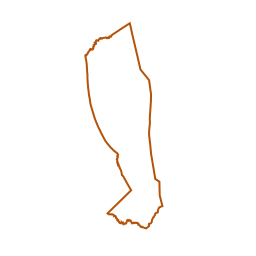 Sinazongwe, Southern, Zambia, rotated 316°
{"feature_id": "96606910B20600796740117", "entity_name": "Sinazongwe", "entity_type": "district", "adm_level": 2, "iso_a3": "ZMB", "parent_name": "Zambia", "parent_adm1": "Southern", "projection": "natural_earth1", "projection_center": [27.144, -17.456], "detail": "fine", "context": "isolated", "style": "outline", "palette": "amber", "viewbox_px": 256, "rotation_deg": 316, "n_neighbors": 0, "source": "geoboundaries", "source_scale": "gbopen_adm2", "svg_char_len": 5112}
<svg xmlns="http://www.w3.org/2000/svg" viewBox="0 0 256 256"><g transform="rotate(316 128 128)"><path d="M101.0,140.7L100.7,140.8L100.5,141.1L100.4,141.6L100.4,142.0L100.2,142.1L98.3,142.6L98.2,143.0L98.2,143.5L97.9,143.7L96.9,144.6L97.0,145.1L96.9,145.4L96.3,145.4L96.0,145.7L96.0,146.2L96.0,147.4L96.0,147.5L95.8,147.9L95.7,147.9L95.5,147.5L95.4,147.2L95.0,147.8L94.9,148.0L95.0,148.2L94.8,148.7L94.9,148.8L95.0,148.8L95.0,149.2L94.9,149.6L94.8,150.0L94.8,150.3L94.3,150.7L94.3,150.9L93.7,153.0L93.1,154.5L90.9,157.7L90.9,157.9L91.0,158.4L91.0,159.4L90.5,161.4L89.2,166.1L87.0,175.0L54.0,175.2L54.0,175.7L54.0,175.9L54.2,176.6L54.4,176.9L55.1,177.4L55.3,177.7L55.3,177.8L55.4,178.0L55.6,178.1L55.6,178.3L55.8,178.5L56.0,178.5L56.4,178.8L56.4,179.0L56.5,179.2L56.8,179.3L57.0,179.6L57.2,180.4L57.2,180.5L57.3,180.9L57.3,181.0L57.2,181.1L57.3,181.1L57.4,181.3L57.5,181.5L57.5,181.9L57.4,181.9L57.4,182.2L57.6,182.4L57.8,182.8L57.7,183.1L57.4,183.0L57.5,183.6L57.4,183.8L57.1,184.2L57.1,184.3L57.1,184.6L56.9,184.6L56.9,184.8L56.9,185.5L56.9,185.9L56.7,186.2L56.8,186.4L56.7,186.5L56.8,186.7L56.8,186.9L56.9,187.1L56.5,187.2L56.5,187.6L56.4,187.6L56.5,187.8L56.6,188.1L56.5,188.3L56.5,188.7L56.5,188.8L56.5,189.1L56.3,189.1L56.3,189.4L56.2,189.5L56.4,190.0L56.4,190.3L56.2,190.5L56.4,190.7L56.7,190.9L56.5,191.3L56.6,191.5L56.8,191.7L57.1,191.6L57.2,191.4L57.4,191.4L57.5,191.9L57.8,192.0L57.8,192.3L58.0,192.0L58.0,192.4L58.3,192.5L58.4,192.8L58.5,192.8L58.3,193.2L58.3,193.3L58.7,193.6L58.6,194.1L58.7,194.4L58.8,194.6L59.1,194.7L59.6,194.8L59.7,195.0L59.8,195.1L60.4,195.3L60.5,195.2L60.8,195.1L60.9,194.9L61.8,194.6L62.0,194.5L62.9,194.2L63.1,194.1L63.5,194.1L63.3,194.4L63.3,194.5L63.5,194.8L63.8,194.6L63.8,194.3L64.1,194.5L64.2,194.8L64.5,195.0L64.9,195.1L65.0,195.4L65.2,195.5L65.3,195.7L65.5,196.1L65.5,196.4L65.5,196.6L65.0,196.9L65.2,197.2L65.1,197.6L65.1,197.8L65.0,198.5L64.9,198.6L65.2,199.3L64.9,199.5L65.4,200.0L65.9,200.0L66.3,200.2L66.5,200.2L66.7,201.0L66.8,201.1L67.2,201.2L67.6,201.3L67.7,201.5L68.0,201.8L68.1,202.2L68.8,202.6L68.7,203.4L69.1,203.8L69.0,204.3L68.9,204.4L68.3,204.6L68.2,204.7L68.5,205.1L68.8,206.1L68.6,206.9L68.6,207.7L68.7,208.2L68.7,208.5L68.9,208.8L69.1,208.7L69.4,208.6L69.6,209.1L70.0,210.2L70.5,211.4L71.1,212.5L71.4,212.8L72.2,212.9L74.2,213.0L74.9,213.1L75.1,213.1L75.3,212.9L75.8,212.1L76.1,211.7L76.5,211.5L76.8,211.6L77.3,212.0L77.8,212.3L78.1,212.4L79.0,212.3L79.7,212.1L81.6,210.7L82.5,210.5L83.5,209.9L83.9,209.8L84.8,209.9L85.1,209.9L85.7,209.6L86.9,209.3L87.3,209.2L87.5,209.0L87.7,208.8L88.0,208.6L88.8,208.5L89.7,208.9L90.6,209.3L90.8,209.3L91.0,209.3L91.4,209.0L92.0,208.2L92.8,207.8L94.4,207.0L94.9,207.0L95.4,206.8L98.5,208.1L104.0,198.5L113.3,188.4L112.2,183.5L113.2,182.2L115.4,179.0L126.6,162.7L133.7,153.8L135.4,151.4L136.3,150.5L137.4,148.8L139.1,146.8L139.9,146.1L140.5,145.4L142.9,143.3L145.3,141.2L146.4,140.5L147.1,139.7L148.5,138.3L150.1,136.4L152.0,134.7L153.6,133.2L154.2,132.7L155.0,132.0L157.0,130.2L157.8,129.4L158.9,128.5L160.7,126.8L161.6,125.9L162.9,124.9L163.9,123.8L165.6,122.2L166.3,121.5L167.1,120.7L167.4,120.3L168.2,119.5L168.4,119.2L176.4,108.2L177.5,95.8L177.6,94.6L185.0,82.3L196.6,62.8L199.3,58.6L202.0,53.9L195.6,52.6L186.8,51.0L181.1,49.9L180.6,49.9L180.2,50.2L179.4,50.5L179.1,50.5L179.0,50.4L178.7,49.5L178.5,49.4L178.2,49.3L177.7,49.7L177.5,49.9L176.9,50.1L176.5,49.7L176.4,49.1L176.3,48.9L176.0,48.7L175.7,48.9L175.2,48.9L175.1,48.7L175.2,48.0L175.2,47.8L174.9,47.4L174.0,47.0L172.7,45.9L171.9,45.7L171.7,45.5L171.2,45.5L171.1,45.3L171.0,45.0L171.0,44.7L170.9,44.4L170.5,44.5L170.0,44.6L169.8,44.4L169.9,44.1L169.7,43.9L167.5,44.4L167.2,44.6L167.0,44.4L166.7,43.9L166.7,43.6L166.5,43.1L166.4,43.0L166.2,42.9L165.9,42.9L165.6,43.0L165.4,43.3L165.1,43.3L164.8,43.4L164.6,43.6L164.0,43.8L163.4,43.6L163.4,43.8L163.6,44.2L163.6,44.3L164.0,44.4L164.0,44.6L163.9,44.8L163.6,45.1L163.4,45.2L163.0,45.0L162.7,45.1L162.2,44.9L161.3,44.4L161.1,44.4L160.8,45.0L160.5,45.4L160.2,45.5L159.7,45.3L159.3,45.8L159.0,45.8L158.7,46.5L158.0,46.7L157.2,47.0L156.9,46.9L156.8,46.5L156.6,46.2L156.2,46.2L155.7,46.0L155.7,45.9L155.8,45.5L156.0,45.5L156.1,45.2L155.9,45.0L155.1,45.1L154.7,45.2L154.5,45.4L153.8,45.7L153.6,45.7L153.4,45.7L153.1,45.7L152.4,45.8L152.0,46.0L151.7,46.0L151.1,46.2L150.9,46.2L150.7,46.3L150.2,46.4L150.2,46.5L149.8,46.5L149.3,46.6L148.8,46.8L148.7,46.8L148.7,46.4L148.6,46.2L147.8,46.1L147.1,46.9L144.5,50.9L141.9,54.3L138.9,57.7L138.6,58.2L138.1,58.7L137.6,59.2L136.8,60.3L135.5,61.9L134.9,62.5L133.1,64.3L132.4,65.2L131.9,65.8L130.9,66.9L129.4,68.8L128.3,70.1L127.8,70.8L127.3,71.3L125.8,73.4L124.0,75.7L123.3,76.6L121.9,78.6L121.4,79.5L120.6,80.7L119.8,81.6L119.5,82.1L117.4,85.1L110.5,98.5L107.5,106.1L106.9,107.7L106.6,109.0L106.1,110.3L105.4,112.5L104.8,114.4L102.8,121.3L102.6,123.0L102.5,123.7L102.4,124.5L102.3,125.4L102.2,125.8L102.2,127.6L102.0,129.3L102.0,130.6L102.1,131.7L102.1,133.0L102.1,133.5L102.1,134.3L102.1,134.8L102.3,135.7L102.3,136.0L102.6,138.1L102.7,139.2L102.3,139.6L102.2,140.3L102.1,140.6L101.7,140.8L101.3,140.9L101.0,140.7Z" fill="none" stroke="#b45309" stroke-width="2"/></g></svg>